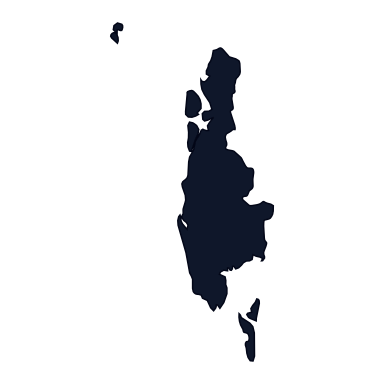 outline of Phangnga
{"feature_id": "THA-378", "entity_name": "Phangnga", "entity_type": "Province", "adm_level": 1, "iso_a3": "THA", "parent_name": "Thailand", "parent_adm1": "", "projection": "natural_earth1", "projection_center": [98.43, 8.688], "detail": "fine", "context": "isolated", "style": "filled", "palette": "ink", "viewbox_px": 384, "rotation_deg": 0, "n_neighbors": 0, "source": "natural_earth", "source_scale": "10m", "svg_char_len": 4620}
<svg xmlns="http://www.w3.org/2000/svg" viewBox="0 0 384 384"><path d="M261.5,260.8L262.6,258.5L260.1,257.1L256.1,256.2L253.0,254.7L252.1,259.5L249.6,260.8L246.3,261.0L243.4,262.7L241.5,265.1L238.6,267.8L235.7,268.9L233.9,266.3L232.6,266.3L232.3,268.9L231.3,270.3L230.1,270.1L228.8,267.9L227.6,267.9L227.6,270.8L223.7,270.2L220.5,272.0L219.4,274.3L225.1,276.9L225.8,280.5L225.7,284.6L226.9,287.9L226.9,293.7L223.8,302.5L219.9,308.3L217.4,304.8L216.3,304.8L216.1,306.8L215.6,308.2L213.6,310.8L210.7,307.8L207.3,300.4L202.5,298.2L201.9,296.7L201.2,295.1L199.0,294.4L197.0,294.2L195.5,293.8L194.3,292.9L193.3,291.6L192.6,288.4L192.6,279.2L191.4,276.1L189.7,272.9L186.0,252.7L178.1,225.2L177.8,220.5L178.7,216.7L180.0,215.0L180.6,217.0L181.1,221.1L182.5,223.9L187.0,229.4L188.0,225.1L186.4,222.5L183.8,220.4L181.9,217.7L181.8,216.3L182.3,215.2L182.9,214.3L183.2,213.4L183.1,209.9L183.2,208.9L185.2,202.2L185.7,200.1L185.3,195.3L182.4,186.9L181.9,183.9L182.7,181.9L184.0,180.7L185.5,179.6L187.0,178.0L187.6,176.6L188.0,175.2L188.7,161.8L189.6,157.1L193.7,149.7L195.4,141.2L199.0,135.4L201.3,130.2L202.9,129.2L203.5,129.7L206.3,130.6L208.6,130.5L208.0,128.5L207.5,125.8L209.3,122.8L213.6,117.3L208.1,120.0L204.6,121.0L202.8,119.3L202.3,113.7L204.5,111.4L209.0,111.2L211.9,109.4L209.8,102.6L204.4,94.4L202.0,89.5L201.0,84.2L200.9,79.8L201.7,81.1L204.1,81.9L205.6,81.2L207.1,79.7L209.8,76.1L206.4,74.1L206.4,70.8L208.1,67.2L208.6,64.3L210.8,60.7L212.2,56.7L213.3,50.6L215.7,50.0L217.2,49.5L218.8,48.5L219.7,48.1L220.2,48.0L220.8,48.0L222.1,48.8L223.5,50.2L229.3,56.9L235.8,58.9L238.9,60.8L239.4,61.9L239.8,63.6L240.2,71.5L240.1,72.4L239.8,73.8L239.5,74.5L238.0,76.7L236.6,78.1L236.2,78.7L235.9,79.3L235.7,80.0L235.5,80.7L235.3,82.4L235.1,83.1L234.8,83.8L234.6,84.6L234.4,85.6L234.6,87.0L234.5,88.0L234.6,89.9L235.0,91.1L234.7,92.2L234.2,92.8L232.9,93.5L232.4,93.9L232.1,94.6L232.1,96.3L231.8,97.8L231.8,99.1L233.1,107.0L233.1,108.4L232.8,109.1L232.4,109.6L231.8,110.0L231.2,110.2L230.7,110.6L230.4,111.3L230.4,112.0L230.6,112.9L234.6,125.3L235.1,128.0L235.0,129.5L234.3,129.5L233.7,129.4L233.1,129.5L232.5,129.8L232.0,130.2L231.1,131.0L228.9,132.4L227.2,133.3L226.7,133.7L226.2,134.2L225.9,134.7L225.4,136.2L225.2,137.0L225.4,138.3L225.7,139.9L226.6,142.8L226.7,144.2L226.6,145.2L225.7,147.0L225.6,147.8L225.7,148.5L226.1,149.2L228.3,150.0L232.1,150.7L233.5,151.1L234.1,151.4L241.0,157.6L241.7,158.7L242.9,161.2L245.4,165.8L246.4,167.1L247.2,167.9L248.5,168.2L250.9,168.2L251.6,168.4L252.3,168.6L252.8,169.1L253.3,170.0L253.6,171.8L253.6,173.0L252.8,179.1L252.8,180.9L253.0,185.4L253.0,186.3L252.8,187.1L252.6,187.7L252.2,188.3L251.8,188.8L249.8,190.4L249.3,190.8L249.0,191.4L247.6,194.8L247.2,195.4L246.8,195.8L246.2,196.1L244.0,196.4L243.4,196.6L242.9,197.0L242.5,197.6L242.4,198.3L242.5,199.1L243.0,200.0L248.9,205.2L249.4,205.5L250.6,205.7L252.1,205.6L257.0,204.8L258.8,204.3L260.1,203.8L261.2,203.1L262.2,202.3L262.7,201.9L263.2,201.6L263.8,201.6L265.5,202.6L267.3,203.3L270.8,204.2L273.3,205.7L273.2,211.0L272.6,214.2L271.6,216.3L270.9,217.3L270.3,218.1L269.2,218.8L267.9,219.2L265.1,219.9L264.5,220.1L264.0,220.5L263.7,222.6L263.6,226.1L264.3,238.1L264.7,240.3L265.1,240.8L265.9,241.8L266.3,242.4L266.6,243.0L266.4,244.4L265.8,246.4L264.2,250.5L263.6,252.5L263.8,254.8L264.5,256.6L264.5,257.4L264.5,258.1L262.6,260.7L261.5,260.8L261.5,260.8ZM241.3,317.6L249.9,323.2L252.8,326.6L254.3,332.8L254.5,356.2L253.0,361.0L250.2,360.7L248.1,357.5L246.9,353.3L246.3,348.1L245.4,345.0L245.5,343.2L246.4,341.7L247.6,341.5L248.7,341.1L249.2,338.8L249.1,336.9L248.6,335.0L247.6,333.4L246.0,332.8L244.0,332.3L243.3,331.1L243.0,329.4L240.6,324.9L239.5,321.2L239.0,317.2L239.1,313.7L239.9,314.5L240.5,315.4L241.3,317.6ZM195.9,93.7L198.2,96.3L200.0,99.7L201.0,103.8L201.0,108.5L197.1,113.0L198.5,114.4L195.7,116.0L192.0,117.2L188.3,117.0L185.7,114.4L185.6,111.4L187.2,94.0L187.1,92.6L187.6,91.7L189.5,90.9L191.8,90.5L193.4,91.2L195.9,93.7ZM194.6,124.0L196.6,125.5L198.8,129.6L198.0,134.0L195.6,139.0L191.3,151.4L189.6,151.1L188.0,146.9L187.7,142.5L188.5,137.9L188.6,132.2L187.9,125.6L189.5,122.1L192.9,122.9L194.6,124.0ZM259.3,303.4L256.3,318.2L256.2,320.9L250.0,318.3L248.6,317.4L246.8,314.6L247.6,313.3L251.7,312.2L250.9,308.6L252.7,305.5L255.3,302.3L256.8,298.9L258.3,299.4L259.0,300.3L259.2,301.6L259.3,303.4ZM117.1,33.3L113.3,29.7L114.0,25.6L117.5,23.0L121.8,24.3L122.6,25.6L122.7,27.3L122.3,29.1L121.7,30.4L120.3,30.5L118.4,29.7L117.1,30.0L117.1,33.3ZM117.4,43.2L111.6,37.9L110.7,36.2L111.1,34.6L112.2,33.4L113.6,32.7L114.8,32.6L116.8,34.4L118.0,37.5L118.2,40.9L117.4,43.2Z" fill="#0f172a" stroke="#020617" stroke-width="1.5"/></svg>